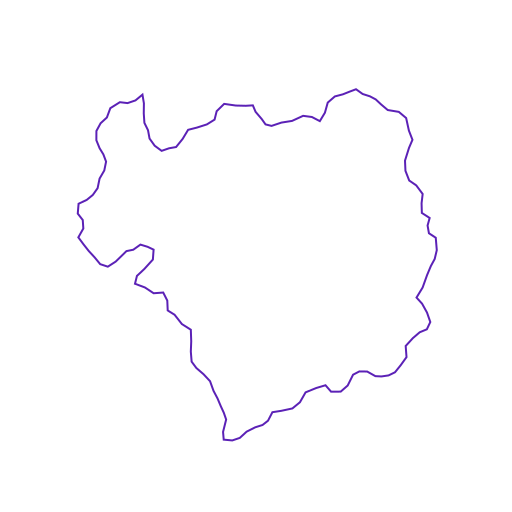 Teixeiras, Minas Gerais, Brazil (Equal Earth projection), rotated 194°
{"feature_id": "56859067B57599068633504", "entity_name": "Teixeiras", "entity_type": "district", "adm_level": 2, "iso_a3": "BRA", "parent_name": "Brazil", "parent_adm1": "Minas Gerais", "projection": "equal_earth", "projection_center": [-42.853, -20.627], "detail": "fine", "context": "isolated", "style": "outline", "palette": "violet", "viewbox_px": 512, "rotation_deg": 194, "n_neighbors": 0, "source": "geoboundaries", "source_scale": "gbopen_adm2", "svg_char_len": 1970}
<svg xmlns="http://www.w3.org/2000/svg" viewBox="0 0 512 512"><g transform="rotate(194 256 256)"><path d="M227.7,75.6L222.6,83.3L215.3,89.6L208.8,93.6L204.5,99.1L202.3,108.4L194.0,111.9L183.8,116.9L178.0,124.7L174.9,135.7L165.6,142.5L157.3,147.4L150.3,142.5L141.0,144.9L135.7,152.5L133.1,164.3L127.8,169.0L120.2,170.8L111.1,168.3L105.1,169.5L98.5,172.2L93.0,176.8L89.2,185.0L85.5,194.3L89.0,204.9L83.9,214.3L78.7,221.6L72.5,226.2L70.9,234.1L76.4,242.5L83.3,249.9L90.2,254.5L86.7,265.7L85.4,278.8L83.9,288.6L81.9,296.3L82.0,305.4L86.0,317.2L93.7,319.9L96.9,327.1L96.7,334.9L105.5,337.9L108.1,347.2L109.3,356.5L117.6,363.3L125.6,366.3L131.6,374.8L134.5,384.6L133.7,397.9L132.3,406.6L138.0,414.7L143.7,426.2L152.3,430.4L163.5,429.5L171.4,433.4L177.7,436.9L184.1,438.5L191.7,439.0L199.3,442.0L205.1,438.0L210.8,433.9L218.1,429.9L223.5,422.2L223.8,411.7L226.7,402.3L235.4,404.4L244.2,403.4L253.7,395.8L263.6,391.6L272.4,386.0L278.6,386.0L283.6,390.3L291.3,395.8L295.5,401.4L302.2,399.3L312.0,397.1L323.7,395.9L329.2,387.0L329.2,378.3L335.5,371.8L344.4,366.3L352.4,362.0L355.5,351.9L359.9,342.4L366.4,339.5L373.0,335.2L381.0,338.5L387.7,344.2L391.2,351.9L396.5,358.2L399.4,367.2L401.7,377.0L405.2,385.1L410.6,377.8L417.6,373.3L425.3,372.3L433.1,364.2L434.2,354.3L438.9,347.2L441.1,338.7L438.9,329.7L433.8,322.7L428.7,317.7L424.3,311.3L423.9,302.3L426.5,293.3L426.1,283.5L429.1,275.8L433.8,269.5L440.8,263.8L439.2,254.0L432.8,249.0L430.2,240.9L432.9,231.1L426.2,225.6L419.5,220.4L412.2,215.6L405.2,210.4L397.2,209.8L390.8,216.6L386.7,223.2L382.9,229.4L376.6,232.4L370.9,239.1L363.4,238.7L356.9,237.4L355.2,227.6L361.2,216.4L366.7,207.9L366.7,199.8L356.2,198.6L346.3,195.1L337.2,198.1L331.3,191.3L328.5,181.8L320.8,179.3L311.4,172.0L301.4,168.7L298.2,157.5L296.1,147.4L292.9,137.9L286.8,132.9L278.3,128.6L270.3,123.4L264.6,114.9L258.8,108.4L254.1,102.1L249.3,96.1L245.4,90.1L245.4,77.3L242.9,70.0L234.4,71.3L227.7,75.6Z" fill="none" stroke="#5b21b6" stroke-width="2"/></g></svg>